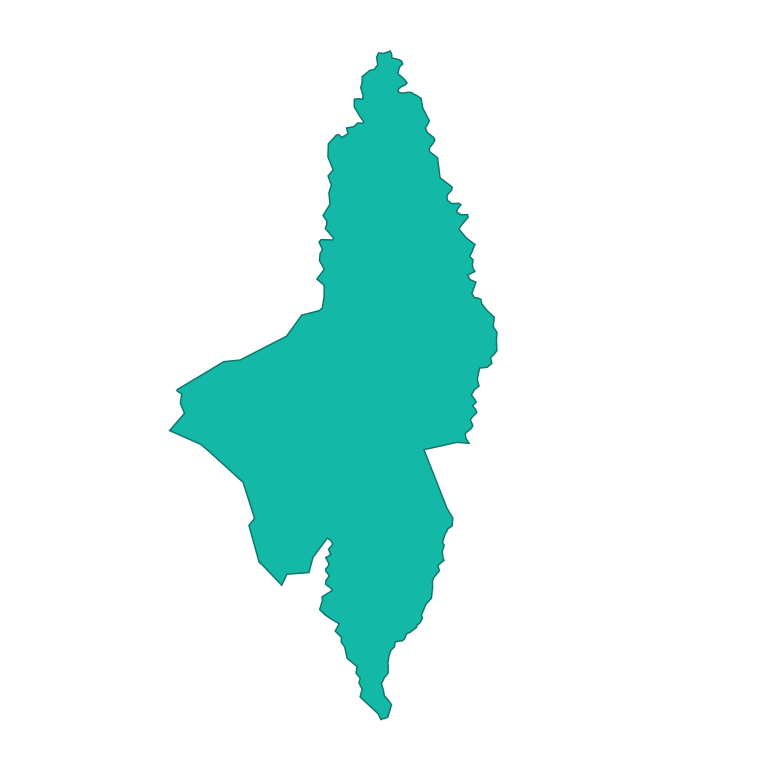 the district of Miguelete, Colonia, Uruguay, rotated 130°
{"feature_id": "84410073B28336448089611", "entity_name": "Miguelete", "entity_type": "district", "adm_level": 2, "iso_a3": "URY", "parent_name": "Uruguay", "parent_adm1": "Colonia", "projection": "robinson", "projection_center": [-57.58, -34.054], "detail": "fine", "context": "isolated", "style": "filled", "palette": "teal", "viewbox_px": 768, "rotation_deg": 130, "n_neighbors": 0, "source": "geoboundaries", "source_scale": "gbopen_adm2", "svg_char_len": 5847}
<svg xmlns="http://www.w3.org/2000/svg" viewBox="0 0 768 768"><g transform="rotate(130 384 384)"><path d="M218.7,403.8L219.2,415.4L217.0,426.4L211.6,426.8L202.2,426.7L200.6,428.9L204.7,433.4L205.7,439.1L201.7,440.2L197.3,440.3L197.4,442.7L202.3,448.1L202.6,453.6L199.0,457.1L191.8,456.8L189.3,458.5L190.0,473.6L176.3,488.4L176.7,498.6L173.7,501.0L168.8,501.0L164.6,501.7L163.3,504.0L163.4,512.7L161.3,516.9L158.4,517.3L153.3,518.3L147.7,531.7L141.4,539.2L141.8,543.2L142.6,546.5L143.1,550.5L145.1,553.1L149.5,556.9L151.1,560.7L148.8,562.6L144.7,561.7L142.0,560.2L138.7,559.8L137.5,563.9L137.3,572.9L133.8,574.7L130.6,575.9L126.8,575.4L125.3,578.2L125.8,580.5L127.3,583.9L129.2,587.7L126.7,589.7L124.9,593.2L127.6,594.8L131.0,596.8L133.9,601.0L138.4,599.7L143.5,594.0L149.4,593.7L152.7,596.4L162.5,598.3L167.3,594.4L172.0,592.3L176.4,585.5L179.7,583.4L181.6,586.7L185.0,589.8L190.9,584.8L194.4,574.7L196.2,567.9L198.0,567.9L200.9,572.0L206.1,572.4L212.0,577.3L215.2,572.5L222.1,574.6L222.2,579.1L223.9,580.5L235.8,581.0L246.1,572.9L252.6,560.6L260.6,560.6L265.5,552.2L273.1,549.0L281.0,540.9L294.1,539.0L295.9,532.6L298.9,530.2L302.6,529.0L303.3,524.3L304.8,516.1L306.8,516.0L313.8,525.0L317.0,525.0L320.6,517.5L325.0,516.9L331.0,512.7L334.5,503.5L346.8,502.9L346.8,493.2L355.7,486.0L365.3,480.2L369.3,480.7L384.2,491.3L410.1,489.4L458.2,509.7L469.8,521.0L521.4,538.9L522.4,537.8L521.6,532.6L529.7,527.6L534.7,518.0L557.5,518.3L548.0,485.5L548.1,474.1L549.9,428.8L570.1,396.8L579.1,396.6L600.7,365.2L601.1,358.1L603.9,333.0L592.1,336.1L576.7,320.3L562.7,326.9L538.5,328.4L538.2,323.6L539.8,320.2L546.3,320.3L548.8,315.0L554.5,317.1L556.1,312.7L558.0,309.8L563.4,309.7L564.9,307.9L566.0,302.6L572.1,302.1L574.9,299.8L574.5,293.3L575.4,290.9L586.8,294.7L589.3,292.1L598.2,288.3L598.7,281.3L598.2,274.9L596.5,264.2L604.7,262.5L605.4,253.8L609.2,250.8L610.8,245.0L617.9,235.8L617.7,223.1L623.4,219.6L624.6,213.2L629.0,211.1L631.7,204.7L639.1,201.1L640.4,176.1L643.1,170.7L642.7,170.5L641.8,170.1L641.4,170.0L641.1,169.9L641.0,169.7L640.7,169.4L640.1,168.8L639.8,168.4L639.7,168.3L638.8,168.0L637.9,167.6L636.7,167.0L636.4,167.1L636.2,167.1L636.0,167.3L635.4,167.6L634.8,167.9L633.9,168.1L633.4,168.3L632.6,168.7L631.7,169.1L628.8,170.4L627.4,171.0L624.9,172.1L624.8,172.3L624.7,172.4L624.7,172.7L624.6,173.0L624.2,174.5L623.8,176.0L623.7,176.7L623.5,177.3L623.5,177.5L623.4,177.7L623.3,178.0L623.0,180.3L622.8,181.5L622.6,183.2L622.4,183.5L622.2,183.8L618.6,188.1L618.4,188.4L615.7,192.6L615.5,192.9L615.3,193.2L615.2,193.3L614.9,193.4L609.5,194.8L609.1,194.9L608.6,195.0L608.3,195.0L604.0,195.0L603.3,195.0L603.1,195.0L602.9,195.0L601.2,196.3L600.6,196.9L599.7,197.6L598.4,198.6L597.4,199.4L597.1,199.7L596.0,201.1L595.9,201.2L595.7,201.4L595.2,201.7L594.3,202.2L592.2,203.6L590.2,204.8L589.7,205.1L588.9,205.5L585.6,206.8L585.4,206.8L585.0,207.0L584.0,207.4L583.7,207.5L583.1,207.5L582.7,207.5L582.1,207.5L579.3,207.1L578.8,207.0L578.6,207.0L578.4,207.1L578.2,207.2L575.7,209.1L575.2,209.3L575.0,209.5L574.8,209.5L574.6,209.5L574.3,209.4L573.8,209.2L573.5,209.1L573.3,208.9L572.6,208.3L572.4,208.0L572.4,207.9L572.2,207.9L571.8,207.6L571.2,207.1L570.4,206.4L569.9,205.8L569.4,205.4L569.1,205.1L569.0,204.9L568.8,204.8L568.6,204.8L567.9,204.7L567.7,204.7L567.4,204.7L566.4,204.5L566.2,204.5L565.7,204.6L565.2,204.6L564.8,204.9L564.5,204.9L563.7,205.2L561.3,206.1L561.1,206.1L560.9,206.2L560.7,206.1L560.4,206.0L559.7,205.5L558.9,205.1L558.2,204.7L557.8,204.5L557.6,204.4L557.2,204.4L556.6,204.2L555.9,204.0L553.7,203.6L552.4,203.2L552.2,203.2L551.6,203.3L551.6,203.2L551.4,203.1L551.1,203.0L550.8,202.9L550.2,202.8L549.9,202.7L549.7,202.7L549.4,202.8L548.6,203.3L548.3,203.5L548.0,203.6L547.8,203.6L546.8,203.5L544.3,203.1L543.5,203.0L543.3,203.0L541.0,203.5L539.7,203.8L538.9,203.9L538.7,204.0L538.4,204.4L538.1,204.8L537.9,205.3L537.4,206.1L537.1,206.5L536.9,206.8L536.5,207.0L532.9,208.1L531.9,208.4L530.8,208.7L527.0,209.9L526.5,210.1L526.2,210.1L525.1,210.2L524.7,210.3L524.2,210.3L522.2,210.2L521.7,210.1L520.5,210.1L518.6,210.0L518.0,209.9L517.8,209.9L517.7,210.0L516.1,211.0L513.7,212.6L513.0,213.1L512.2,213.6L510.7,214.6L508.3,216.2L508.0,216.4L507.8,216.6L507.8,216.9L507.6,217.0L507.3,217.1L507.2,217.3L506.8,217.7L506.3,218.1L503.8,220.2L503.6,220.3L503.4,220.4L500.6,221.4L500.4,221.4L499.6,221.5L498.1,221.4L494.6,221.5L493.2,221.4L491.9,221.5L491.7,221.5L491.3,221.7L491.0,222.1L489.8,224.1L489.6,224.5L489.4,224.7L489.0,225.4L488.8,225.7L488.6,225.9L488.5,226.0L488.4,226.0L488.2,226.1L484.4,225.4L480.6,224.7L480.5,224.8L480.4,224.8L480.2,225.0L480.1,225.5L479.6,226.5L479.2,227.0L479.0,227.4L478.5,227.8L477.0,229.5L476.4,230.3L475.3,231.4L474.9,231.7L474.5,231.9L473.9,232.2L472.2,232.8L471.3,233.2L470.6,233.5L469.1,234.1L468.9,234.2L468.8,234.3L468.6,235.1L468.0,236.8L467.9,237.1L467.8,237.3L467.7,237.4L467.5,237.6L466.9,237.8L465.0,238.6L462.7,239.5L462.2,239.7L460.0,240.6L458.6,241.1L458.3,241.2L458.1,241.2L457.9,241.1L457.7,241.0L457.5,240.9L457.3,240.9L457.1,240.9L455.1,241.9L454.8,242.0L454.6,242.0L454.2,242.0L449.3,240.7L449.1,240.6L448.9,240.6L448.6,240.8L442.7,245.0L442.3,245.3L442.2,245.4L442.2,245.5L442.2,246.0L442.1,246.3L441.8,247.2L441.3,248.6L440.7,250.2L440.3,251.4L439.8,252.8L438.6,256.1L408.6,311.2L381.8,290.6L374.8,280.7L372.8,286.5L369.7,290.0L361.5,288.5L358.6,289.4L356.0,294.8L352.8,295.1L346.1,294.6L344.6,297.6L343.8,302.1L338.6,301.8L337.6,304.1L336.1,310.1L330.2,311.0L324.5,309.9L320.2,315.8L310.3,321.0L304.9,315.7L298.8,314.7L295.2,319.5L291.1,318.7L285.9,318.9L278.0,326.2L271.9,330.5L269.8,337.3L261.9,342.4L261.5,352.0L259.7,360.8L256.8,364.3L258.0,367.9L259.8,370.0L258.1,374.9L246.9,379.0L248.7,385.1L247.0,389.9L244.2,388.8L239.4,386.7L237.9,390.7L235.3,393.4L231.7,395.5L231.2,400.4L226.0,401.6L220.1,403.7L218.7,403.8Z" fill="#14b8a6" stroke="#0f766e" stroke-width="1.5"/></g></svg>